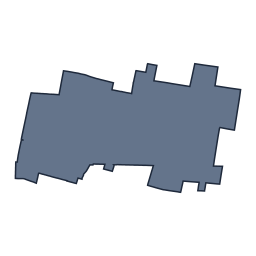 Dragos Voda, Calarasi, Romania
{"feature_id": "2599482B24421220796675", "entity_name": "Dragos Voda", "entity_type": "district", "adm_level": 2, "iso_a3": "ROU", "parent_name": "Romania", "parent_adm1": "Calarasi", "projection": "equal_earth", "projection_center": [27.177, 44.458], "detail": "fine", "context": "isolated", "style": "filled", "palette": "slate", "viewbox_px": 256, "rotation_deg": 0, "n_neighbors": 0, "source": "geoboundaries", "source_scale": "gbopen_adm2", "svg_char_len": 4707}
<svg xmlns="http://www.w3.org/2000/svg" viewBox="0 0 256 256"><path d="M219.7,184.1L219.8,183.4L221.1,174.9L222.5,166.3L213.5,166.1L213.7,164.4L214.5,159.0L216.3,147.5L218.1,136.2L219.4,128.8L219.6,128.1L220.0,127.5L224.6,128.4L227.2,128.9L233.5,130.0L234.4,130.1L234.5,129.4L237.2,112.1L239.2,99.7L239.6,96.9L240.2,92.6L240.6,89.6L230.5,88.2L222.7,87.0L215.0,85.8L217.9,67.0L204.1,65.1L194.8,63.7L193.1,71.6L191.7,78.2L191.6,78.5L191.5,79.0L190.9,81.7L189.8,86.5L187.4,86.1L171.8,83.6L167.9,82.9L164.0,82.3L153.9,80.8L154.1,79.7L154.4,78.0L156.9,65.4L152.3,64.6L147.7,63.7L147.4,64.2L147.3,64.8L145.8,72.3L141.2,71.5L136.5,70.7L136.0,70.7L135.9,70.9L135.6,72.5L135.2,74.3L134.9,75.8L134.8,76.3L134.6,77.1L134.4,78.1L134.2,78.9L134.0,79.9L133.8,81.0L133.6,81.7L133.3,82.6L133.2,83.0L133.3,83.1L132.7,86.6L132.5,87.7L132.3,89.0L131.8,92.2L131.6,93.6L130.4,93.3L128.7,93.0L126.3,92.6L124.1,92.1L123.3,92.0L122.8,91.8L121.3,91.5L120.5,91.5L117.7,90.9L116.2,90.6L114.1,90.2L112.0,89.8L112.0,89.4L112.3,88.1L112.5,86.9L112.8,85.5L113.1,84.2L113.4,82.8L107.1,81.2L103.1,80.2L100.6,79.6L98.1,78.9L96.6,78.6L94.0,77.8L91.3,77.0L89.2,76.3L86.4,75.2L85.4,74.9L84.8,74.7L82.2,74.2L80.7,73.9L79.3,73.5L78.1,73.2L77.5,73.1L76.8,73.0L73.8,72.5L71.3,72.0L70.6,71.9L67.8,71.4L65.6,71.1L63.5,70.8L63.2,72.6L63.0,73.6L62.1,78.3L60.9,84.7L60.8,85.4L60.2,88.6L59.3,93.3L59.1,94.7L56.1,94.5L53.5,94.3L50.5,94.2L49.9,94.2L47.0,93.9L45.6,93.8L45.0,93.8L44.6,93.8L43.9,93.7L43.5,93.7L42.0,93.6L41.0,93.6L40.4,93.5L39.8,93.5L39.1,93.4L38.2,93.4L37.7,93.3L37.3,93.3L36.8,93.3L35.7,93.2L35.4,93.2L35.0,93.2L34.9,93.2L33.5,93.1L32.6,93.0L31.9,92.9L31.2,92.9L30.8,94.2L29.6,99.5L28.8,103.5L28.1,106.7L27.2,110.8L27.1,111.4L26.8,112.5L26.6,113.9L26.3,115.4L26.1,116.4L25.8,117.8L25.6,118.8L23.5,128.6L21.6,137.7L21.3,139.4L21.3,139.6L21.5,139.7L22.8,139.8L22.9,140.0L22.5,140.1L21.9,140.0L21.4,140.0L20.0,146.2L18.2,155.2L17.9,157.3L17.7,158.3L17.6,159.2L17.4,160.4L17.3,161.5L17.3,162.0L17.1,162.0L16.8,162.0L16.7,162.0L15.8,162.0L15.8,162.7L15.7,163.7L15.7,164.0L15.7,164.5L15.7,165.1L15.7,166.3L15.6,167.6L15.6,168.1L15.6,169.9L15.5,171.6L15.5,172.9L15.5,174.1L15.4,175.3L15.4,176.4L15.4,178.4L16.6,178.5L18.4,178.6L20.2,178.6L21.9,178.6L22.6,178.6L23.2,178.6L23.7,178.7L24.4,178.8L24.9,179.0L25.5,179.3L26.1,179.5L27.5,180.0L29.2,180.6L29.8,180.8L30.8,181.2L33.1,181.9L34.2,182.3L35.2,182.8L36.3,183.2L36.4,182.6L36.7,181.7L36.8,181.0L37.0,180.2L37.2,179.5L37.4,178.6L37.6,177.8L37.8,176.9L38.0,175.9L38.2,175.0L38.4,174.2L38.6,173.5L38.6,173.3L38.7,173.2L38.8,173.2L39.1,173.2L39.3,173.2L39.9,173.4L40.4,173.5L41.2,173.8L42.6,174.2L43.7,174.4L44.5,174.7L45.4,174.9L46.2,175.1L46.7,175.3L46.9,175.3L47.8,175.6L48.9,175.9L49.5,176.0L51.1,176.5L52.4,176.9L53.2,177.1L54.3,177.4L55.2,177.6L55.8,177.8L56.6,178.0L57.2,178.1L57.7,178.2L59.4,178.7L60.0,178.8L60.9,179.1L62.0,179.4L63.1,179.7L64.8,180.1L67.0,180.7L66.9,181.0L68.1,181.3L69.8,181.8L72.2,182.4L74.3,183.0L76.3,183.5L78.0,178.1L82.0,179.2L82.1,178.7L82.0,178.3L82.2,177.8L82.5,177.2L83.2,175.9L83.5,175.2L83.5,174.7L83.6,174.3L83.7,174.0L84.0,173.7L85.0,172.6L86.3,171.1L86.5,170.8L86.7,170.5L87.2,169.6L88.2,167.9L88.6,167.1L89.2,166.1L89.6,165.5L89.9,164.9L93.0,164.9L93.2,164.4L93.3,164.0L94.4,164.0L95.9,164.1L97.0,164.1L98.6,164.1L100.0,164.2L101.2,164.2L102.6,164.2L104.3,164.3L104.9,164.3L104.5,165.8L103.6,169.0L112.3,171.3L113.8,166.7L113.9,166.2L114.0,165.8L114.0,165.3L114.0,164.9L113.9,164.8L114.7,164.8L115.3,164.8L116.0,164.8L116.3,164.8L116.6,164.7L116.8,164.7L117.0,164.6L117.3,164.6L117.7,164.6L119.1,164.7L120.3,164.7L121.1,164.7L121.9,164.8L123.4,164.8L124.4,164.8L125.1,164.8L125.4,164.9L126.0,164.9L127.0,164.9L127.7,164.9L128.9,164.9L129.9,165.0L130.8,165.0L131.9,165.0L132.9,165.0L134.3,165.1L135.5,165.1L137.4,165.1L138.2,165.1L138.9,165.2L140.4,165.2L141.7,165.2L143.0,165.3L143.3,165.3L144.2,165.3L144.9,165.3L145.7,165.3L147.9,165.4L150.7,165.5L153.4,165.6L153.2,166.2L152.8,167.6L152.4,168.9L152.3,169.3L152.0,170.3L151.7,171.1L151.4,172.3L151.0,173.6L150.7,174.6L150.4,175.7L150.1,176.6L149.7,178.0L149.5,178.7L149.3,179.3L149.0,180.4L148.5,182.0L148.3,182.7L148.0,183.6L147.7,184.8L147.6,185.2L147.6,185.3L148.0,185.4L149.3,185.8L151.3,186.4L152.8,186.8L155.8,187.7L160.2,188.9L162.1,189.4L163.1,189.7L164.2,189.8L165.5,190.0L169.1,190.6L173.4,191.2L177.6,191.8L179.1,192.1L180.6,192.3L181.0,190.8L181.9,186.6L182.6,183.6L183.1,181.1L183.3,181.1L190.6,181.7L199.1,182.3L199.0,183.3L198.7,184.8L198.3,187.3L198.1,189.0L197.8,190.7L199.3,190.8L201.1,190.8L202.8,190.9L204.5,191.0L204.5,190.9L204.8,189.4L205.2,187.1L205.5,185.0L205.9,182.8L208.5,183.1L214.8,183.7L216.9,183.9L219.7,184.1Z" fill="#64748b" stroke="#1e293b" stroke-width="1.5"/></svg>